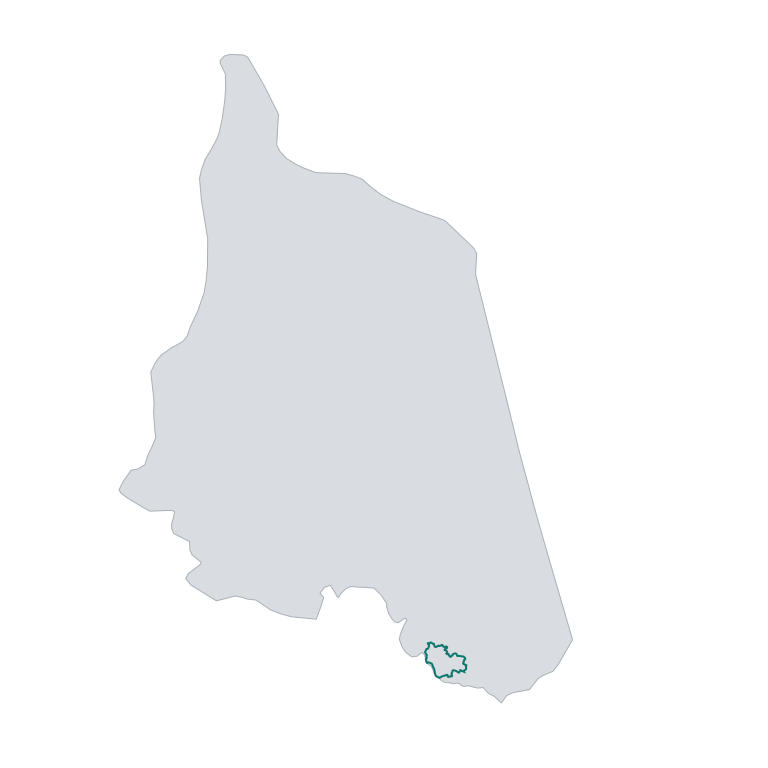 location of Qatana, Rif Dimashq, Syria, rotated 290°
{"feature_id": "27442178B63011141740515", "entity_name": "Qatana", "entity_type": "district", "adm_level": 2, "iso_a3": "SYR", "parent_name": "Syria", "parent_adm1": "Rif Dimashq", "projection": "equal_earth", "projection_center": [36.018, 33.361], "detail": "fine", "context": "in_parent", "style": "outline", "palette": "teal", "viewbox_px": 768, "rotation_deg": 290, "n_neighbors": 0, "source": "geoboundaries", "source_scale": "gbopen_adm2", "svg_char_len": 6216}
<svg xmlns="http://www.w3.org/2000/svg" viewBox="0 0 768 768"><g transform="rotate(290 384 384)"><path d="M133.2,264.3L139.1,265.0L151.9,273.3L154.0,273.0L157.8,262.1L161.6,258.4L169.4,255.1L171.6,237.5L175.3,234.1L179.7,232.3L186.5,231.9L192.4,230.9L192.7,227.8L184.4,207.4L185.2,202.2L189.1,181.8L191.6,173.8L194.0,171.2L203.3,172.2L216.4,175.8L219.9,181.7L226.3,186.9L236.0,186.5L247.0,187.5L255.7,187.9L262.6,184.2L278.2,177.3L285.9,175.0L292.9,172.0L315.4,160.8L324.5,161.7L330.7,163.1L335.4,164.9L346.2,172.6L355.0,180.3L361.2,182.6L372.3,182.5L388.4,184.0L408.1,183.8L419.5,181.7L434.1,177.9L460.1,168.7L494.2,149.6L514.2,140.3L522.9,139.2L534.2,139.1L545.6,141.5L558.5,143.2L564.4,143.1L578.3,141.2L596.3,137.3L607.5,134.1L621.1,128.9L629.4,120.3L632.1,119.4L635.7,121.0L637.4,121.6L641.0,126.5L645.0,139.1L645.1,140.5L644.5,144.1L635.8,154.6L624.0,168.7L615.6,177.6L601.2,192.7L590.3,195.9L571.9,201.4L567.1,206.6L562.6,215.2L560.2,226.8L559.5,234.1L559.3,247.8L564.0,262.0L568.5,275.6L569.2,284.6L569.0,293.5L565.1,303.0L561.0,316.0L558.8,330.7L558.0,358.4L558.5,382.0L558.2,385.8L550.9,402.5L542.3,422.0L538.2,426.5L518.6,432.4L497.3,446.7L473.5,462.7L451.8,477.3L429.0,492.6L405.4,508.5L388.4,519.8L365.7,535.0L345.0,549.6L324.0,564.3L308.1,575.6L283.8,593.3L269.5,603.7L248.5,619.1L230.1,632.6L208.2,648.6L180.6,643.8L171.9,641.1L164.8,633.4L159.5,629.4L146.5,625.2L138.2,610.9L133.2,605.8L124.5,603.5L128.2,594.4L128.9,588.3L132.6,581.0L130.3,576.1L129.2,565.9L127.5,563.4L126.9,560.7L128.2,557.4L127.7,554.0L126.2,552.6L125.6,547.5L124.3,543.7L125.0,539.1L126.9,536.1L128.9,530.4L131.1,528.6L134.8,525.0L135.8,521.3L139.1,517.6L143.5,514.6L144.5,512.2L143.9,510.8L139.4,508.1L137.1,503.4L139.2,496.4L140.6,494.3L143.2,490.9L149.1,485.8L153.8,485.0L157.8,485.0L164.6,485.4L169.8,486.3L171.1,485.0L170.9,483.3L164.5,479.1L164.1,475.8L165.7,472.2L170.3,466.6L175.8,462.5L178.5,461.7L184.8,453.4L188.8,444.2L182.2,421.7L178.3,418.1L172.0,415.0L168.2,414.5L167.9,413.0L172.9,407.3L176.5,402.4L172.5,397.6L165.5,395.4L162.9,400.3L153.8,400.8L139.8,400.7L133.7,377.0L132.7,366.7L132.9,354.9L137.2,337.6L135.2,329.5L135.0,324.1L133.9,316.7L122.9,300.7L129.0,271.4L133.2,264.3Z" fill="#d9dde1" stroke="#a8b0b8" stroke-width="1"/><path d="M158.4,533.2L158.7,532.6L158.5,532.0L158.1,531.7L157.9,531.5L157.6,530.6L157.5,530.1L157.6,529.5L157.9,529.0L158.4,528.5L158.4,528.4L158.5,528.4L158.8,528.0L158.7,527.7L158.4,527.6L157.8,527.3L157.6,526.8L157.4,526.4L156.8,525.8L156.6,525.3L156.8,524.7L156.1,523.8L155.5,523.6L155.0,523.3L154.7,522.8L154.5,522.1L154.5,521.7L154.7,521.3L155.2,520.8L155.8,520.5L156.9,519.7L156.6,519.0L156.6,518.8L157.0,517.6L157.2,516.4L156.5,515.8L156.0,515.6L155.7,514.7L155.5,514.0L155.1,514.1L154.7,514.3L154.4,514.9L154.3,515.4L153.8,515.6L153.0,516.0L152.1,515.9L151.2,516.0L150.8,516.0L150.3,515.8L149.9,515.3L149.5,514.6L149.1,514.4L148.5,514.4L147.6,514.5L146.1,514.2L146.0,514.3L145.8,514.5L145.5,514.9L145.3,515.1L145.2,515.2L145.1,515.3L144.9,515.5L144.6,516.1L144.4,516.3L144.3,516.5L144.2,516.8L143.9,517.0L143.6,516.9L143.3,516.8L143.2,516.8L142.8,516.9L142.6,517.0L142.4,517.1L142.2,517.2L142.0,517.4L141.9,517.5L141.7,517.5L141.4,517.7L141.3,517.8L141.2,517.8L140.9,517.8L140.7,517.7L140.2,517.4L139.8,517.4L139.7,517.5L139.4,517.7L139.3,517.8L139.3,518.0L139.2,518.1L138.8,518.2L138.7,518.2L138.5,518.3L138.1,518.4L137.8,518.5L137.7,518.6L137.5,518.8L137.4,518.9L137.3,519.0L137.2,519.0L137.0,519.3L136.9,519.4L136.9,519.5L136.7,519.7L136.7,519.8L136.7,520.0L136.8,520.3L137.0,520.5L137.3,520.6L137.6,520.7L137.7,520.9L137.7,521.0L137.7,521.3L137.7,521.7L137.7,522.1L137.7,522.5L137.7,523.0L137.7,523.5L137.7,523.9L137.6,524.2L137.6,524.3L137.5,524.5L137.3,524.6L137.2,524.8L137.1,525.0L136.9,525.1L136.7,525.3L136.6,525.5L136.3,525.8L136.2,525.8L136.0,526.0L135.8,526.1L135.7,526.2L135.4,526.5L135.2,526.6L135.0,526.8L134.8,526.9L134.7,527.1L134.5,527.3L134.4,527.4L134.3,527.6L134.2,527.7L134.1,527.8L134.0,528.0L133.9,528.1L133.7,528.3L133.4,528.5L133.2,528.6L133.0,528.8L132.8,528.9L132.7,529.0L132.4,529.2L132.2,529.4L131.9,529.5L131.7,529.6L131.4,529.8L131.2,529.9L131.0,530.0L130.9,530.1L130.6,530.2L130.5,530.3L130.4,530.4L130.1,530.5L129.8,530.7L129.7,530.8L129.4,531.0L129.2,531.1L128.9,531.3L128.6,531.5L128.4,531.7L128.3,531.8L128.2,531.9L128.1,532.0L127.9,532.1L127.7,532.3L127.6,532.5L127.4,532.8L127.3,533.0L127.2,533.1L127.2,533.3L127.1,533.5L127.1,533.8L127.1,534.0L127.1,534.4L127.1,534.5L127.0,534.9L127.0,535.0L126.9,535.1L126.9,535.3L126.9,535.6L127.0,535.8L127.0,536.0L126.9,536.3L126.8,536.5L129.3,538.8L130.1,539.8L130.9,541.0L131.0,541.0L131.7,541.9L132.3,542.8L132.3,543.1L131.7,543.4L131.4,543.6L131.2,543.8L131.4,544.0L131.3,544.3L131.1,544.5L130.8,544.8L131.2,545.3L131.6,545.8L131.8,546.4L132.1,547.0L132.5,547.7L132.8,547.8L133.3,547.6L133.9,546.9L134.4,547.0L134.9,546.5L135.3,546.4L136.1,546.6L136.9,546.7L137.7,546.5L138.3,546.6L138.6,546.8L138.8,547.2L138.8,547.4L138.9,547.8L139.0,548.2L139.0,548.8L139.0,549.4L139.0,550.1L138.9,550.4L138.6,551.5L138.4,552.7L138.5,553.1L138.7,553.4L139.6,553.3L140.3,553.5L141.2,553.5L141.3,553.6L141.1,554.3L141.0,554.7L140.9,555.2L141.1,555.6L140.9,557.9L141.6,557.4L142.5,557.4L143.7,558.5L144.6,558.5L145.2,558.3L145.8,558.1L146.1,557.9L146.3,557.6L146.9,557.7L147.4,557.7L147.9,557.5L148.1,557.0L147.9,556.0L148.2,554.3L148.6,553.9L149.1,553.8L149.7,554.0L150.6,554.0L150.7,553.9L150.8,553.9L151.0,553.8L151.0,553.7L151.3,553.7L151.5,553.7L151.8,553.7L151.8,553.8L152.0,553.8L152.7,554.2L153.4,554.4L154.4,553.8L154.9,552.2L155.1,552.0L155.0,551.4L154.8,550.7L154.6,549.8L154.5,548.8L154.1,547.6L153.9,546.8L153.5,546.2L153.6,545.7L154.1,545.4L154.8,544.9L155.1,544.5L155.3,543.3L155.1,542.9L154.8,542.3L154.0,541.6L153.7,541.3L153.4,541.1L153.1,540.9L152.3,541.2L151.6,540.4L151.2,540.3L150.8,540.2L150.4,539.8L150.3,539.5L150.3,539.3L150.4,538.9L150.8,538.6L151.2,538.1L151.4,537.5L151.7,537.1L152.1,537.2L152.3,537.1L152.4,536.7L152.3,536.2L152.0,535.6L151.8,535.2L151.9,534.9L152.0,534.8L152.6,535.0L153.3,535.1L153.9,534.9L154.3,534.6L154.6,534.0L154.8,531.9L155.1,531.7L156.2,532.2L156.8,533.0L157.6,533.5L158.2,533.4L158.4,533.2Z" fill="none" stroke="#0f766e" stroke-width="2"/></g></svg>